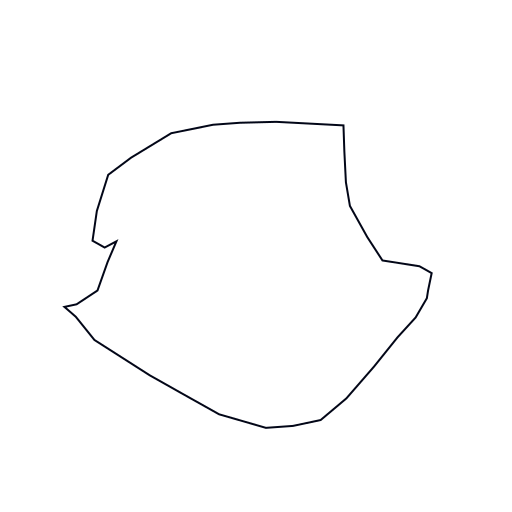 outline of Male', Malé, Maldives, rotated 31°
{"feature_id": "70690204B12193603739109", "entity_name": "Male'", "entity_type": "district", "adm_level": 2, "iso_a3": "MDV", "parent_name": "Maldives", "parent_adm1": "Malé", "projection": "equal_earth", "projection_center": [73.509, 4.176], "detail": "fine", "context": "isolated", "style": "outline", "palette": "ink", "viewbox_px": 512, "rotation_deg": 31, "n_neighbors": 0, "source": "geoboundaries", "source_scale": "gbopen_adm2", "svg_char_len": 605}
<svg xmlns="http://www.w3.org/2000/svg" viewBox="0 0 512 512"><g transform="rotate(31 256 256)"><path d="M226.4,413.0L262.6,412.0L305.9,410.7L353.0,398.2L375.2,382.6L395.9,363.3L406.8,331.5L414.1,290.1L419.2,252.8L424.5,226.5L424.2,204.2L421.2,196.8L415.4,180.2L401.4,180.6L366.7,194.7L341.5,182.4L310.7,164.7L295.1,146.5L277.9,120.9L263.7,99.0L204.2,130.6L173.7,150.0L151.6,165.6L120.1,194.4L98.3,236.0L87.5,262.5L96.4,299.4L108.0,327.1L121.9,326.7L128.8,315.3L131.9,337.6L137.9,367.2L127.1,389.8L118.0,398.3L132.8,400.9L160.8,411.2L226.4,413.0Z" fill="none" stroke="#020617" stroke-width="2"/></g></svg>